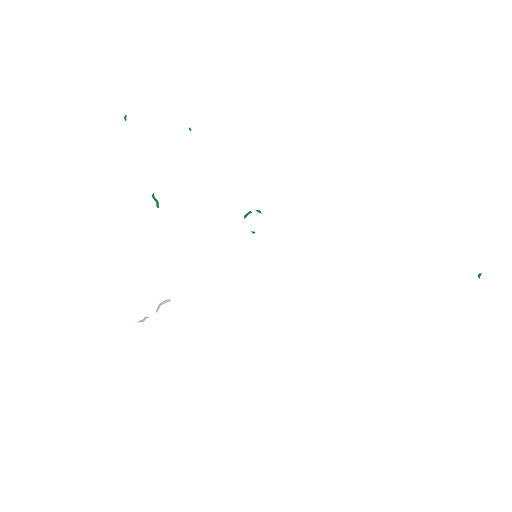 where Railik Chain sits in Marshall Islands, rotated 128°
{"feature_id": "MHL-4968", "entity_name": "Railik Chain", "entity_type": "state/province", "adm_level": 1, "iso_a3": "MHL", "parent_name": "Marshall Islands", "parent_adm1": "", "projection": "robinson", "projection_center": [168.279, 8.142], "detail": "fine", "context": "in_parent", "style": "filled", "palette": "green", "viewbox_px": 512, "rotation_deg": 128, "n_neighbors": 0, "source": "natural_earth", "source_scale": "10m", "svg_char_len": 1765}
<svg xmlns="http://www.w3.org/2000/svg" viewBox="0 0 512 512"><g transform="rotate(128 256 256)"><path d="M347.0,298.1L353.3,301.0L361.7,299.7L360.4,300.5L357.2,301.4L355.1,302.1L353.7,302.1L352.0,301.8L346.7,299.8L343.6,297.1L344.4,296.2L347.0,298.1ZM273.0,373.0L272.0,374.8L270.8,374.6L271.9,373.3L272.6,371.6L273.8,366.4L276.3,364.6L278.0,362.5L277.6,364.7L274.9,367.0L273.0,373.0ZM371.0,303.3L372.9,304.5L376.6,304.4L380.0,307.6L378.7,307.4L376.8,306.0L375.1,305.4L372.8,305.6L371.8,305.1L371.0,303.3ZM232.4,288.3L231.6,289.2L226.8,288.7L224.5,287.6L224.7,286.8L228.6,287.6L232.4,288.3ZM134.7,68.2L133.4,68.6L132.4,68.1L133.1,67.4L134.6,67.3L135.2,67.5L134.7,68.2Z" fill="#d9dde1" stroke="#a8b0b8" stroke-width="1"/><path d="M270.8,374.7L271.8,374.1L272.1,373.7L272.4,373.2L272.8,372.4L273.2,370.7L273.5,368.0L274.1,366.6L275.1,365.5L276.3,364.7L277.2,363.7L278.0,362.5L277.4,364.6L274.5,366.8L273.9,369.0L273.7,370.7L273.0,373.1L272.0,374.8L270.8,374.7ZM228.7,288.4L232.4,288.4L231.6,289.3L230.4,289.2L228.1,288.6L225.6,288.1L224.5,287.6L224.7,286.8L225.5,287.6L226.6,288.0L227.7,288.3L228.7,288.4ZM135.4,67.0L134.9,68.0L133.9,68.6L132.8,68.6L132.0,67.8L133.8,67.6L135.4,67.0ZM219.6,282.9L218.9,282.4L218.5,281.4L218.4,280.3L218.9,279.4L219.1,280.2L219.4,282.1L219.6,282.9ZM225.1,445.0L227.6,444.0L228.1,443.6L229.3,441.8L228.8,443.2L227.9,444.3L226.7,444.9L225.1,445.0ZM239.2,273.1L239.3,272.8L239.3,272.5L239.0,272.1L238.5,271.9L237.8,271.9L238.1,271.8L238.5,271.7L238.9,271.7L239.2,271.9L239.4,272.4L239.4,272.6L239.4,272.9L239.3,273.3L239.2,273.1ZM195.6,386.2L195.9,386.4L196.3,386.5L196.6,386.4L196.8,385.9L196.9,385.4L196.9,384.9L196.8,384.4L197.1,385.1L196.9,386.1L196.3,386.7L195.6,386.2Z" fill="#22c55e" stroke="#15803d" stroke-width="1.5"/></g></svg>